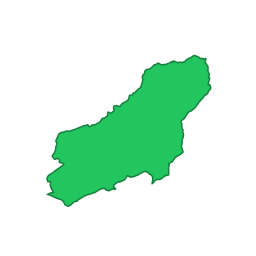 Rondón, Boyacá, Colombia (Equal Earth projection), rotated 25°
{"feature_id": "7082276B99047670325633", "entity_name": "Rondón", "entity_type": "district", "adm_level": 2, "iso_a3": "COL", "parent_name": "Colombia", "parent_adm1": "Boyacá", "projection": "equal_earth", "projection_center": [-73.204, 5.384], "detail": "fine", "context": "isolated", "style": "filled", "palette": "green", "viewbox_px": 256, "rotation_deg": 25, "n_neighbors": 0, "source": "geoboundaries", "source_scale": "gbopen_adm2", "svg_char_len": 5801}
<svg xmlns="http://www.w3.org/2000/svg" viewBox="0 0 256 256"><g transform="rotate(25 128 128)"><path d="M68.8,161.1L68.3,161.8L67.9,162.5L68.0,165.7L67.9,168.0L68.1,170.4L69.0,171.0L70.1,172.1L70.5,173.2L70.4,174.2L70.5,175.2L71.3,177.5L71.6,178.8L71.7,179.7L71.7,182.7L71.4,183.4L71.1,184.4L71.2,185.6L73.0,186.8L73.8,187.0L74.1,187.2L74.5,187.3L75.0,187.3L75.5,187.0L76.4,185.8L76.8,185.5L77.6,185.3L78.2,185.4L79.6,186.3L79.9,187.1L80.0,187.7L80.3,188.0L81.0,188.2L82.0,187.9L83.4,187.4L83.9,187.4L84.9,187.8L85.1,188.0L85.0,188.4L84.4,189.9L82.0,194.2L80.1,197.4L78.9,199.9L77.8,201.8L76.2,204.2L75.9,205.1L75.8,205.7L75.7,206.7L75.8,207.5L76.3,208.7L77.0,209.5L78.2,210.6L80.4,209.3L80.8,209.9L81.0,210.4L81.2,211.5L81.5,212.3L82.5,213.7L83.4,214.4L84.1,215.3L84.7,215.8L85.4,216.1L86.4,216.8L87.7,218.0L86.1,218.9L85.5,219.3L84.3,220.7L83.3,222.1L83.9,222.1L84.7,221.9L86.9,221.7L88.1,221.8L91.3,221.8L93.6,221.7L97.4,221.3L99.6,221.5L100.1,221.7L100.8,222.1L101.4,222.7L103.2,224.0L103.5,224.2L104.3,224.2L106.6,224.3L108.0,223.0L108.5,222.3L109.3,220.2L110.1,218.4L110.9,217.2L111.4,216.7L112.0,216.2L112.5,216.0L112.8,215.9L112.9,215.0L113.1,214.3L113.2,214.0L115.5,210.9L116.5,209.0L118.0,207.2L119.7,205.3L121.1,204.5L124.2,201.3L125.4,200.3L126.4,198.6L126.7,198.2L128.3,195.7L128.6,195.3L129.0,195.0L129.2,194.7L129.9,194.0L130.4,193.6L130.8,193.5L131.2,193.4L131.7,193.1L133.3,192.6L133.7,193.1L134.0,193.3L134.3,193.4L135.1,193.4L136.5,192.8L136.8,192.8L137.3,193.0L137.6,192.7L138.4,191.4L138.8,191.1L139.7,189.8L140.6,189.5L140.9,189.5L141.4,189.6L141.6,189.6L141.7,189.4L142.1,188.6L142.4,188.3L142.1,188.2L141.9,188.2L141.7,188.4L141.2,188.0L141.0,187.9L140.7,187.9L140.4,187.7L140.1,187.7L139.9,187.5L139.8,187.3L139.8,186.9L139.7,186.7L139.4,186.6L139.3,186.3L139.5,184.9L140.1,184.0L140.3,183.6L141.1,182.3L142.0,181.0L142.3,180.7L142.7,180.6L143.1,180.7L143.3,180.6L144.2,179.4L145.3,178.3L147.1,175.7L147.5,172.9L147.6,172.1L147.8,171.4L148.0,171.3L149.2,171.4L149.8,171.6L150.5,171.7L151.2,171.3L152.6,170.6L154.2,169.2L156.2,166.9L156.9,166.4L157.6,165.1L159.8,162.3L160.5,161.2L161.6,160.1L162.1,160.0L162.8,160.2L164.0,159.8L164.7,159.8L167.2,160.8L168.2,160.7L169.9,161.3L170.6,161.7L171.2,162.3L172.3,164.5L172.9,166.8L173.1,167.6L173.3,168.2L173.7,168.0L174.1,166.7L174.4,164.9L175.9,162.6L177.0,161.8L178.2,161.4L178.8,161.0L179.5,160.2L181.3,156.4L183.4,154.2L184.4,153.7L184.5,153.0L184.4,152.6L183.7,151.1L181.3,146.2L181.2,144.8L180.9,143.9L180.3,143.4L180.2,143.1L180.3,142.8L182.3,139.9L182.8,137.4L183.3,134.7L186.4,130.2L188.1,126.9L188.1,126.6L188.0,126.3L184.7,122.8L184.1,121.9L183.7,119.9L183.3,118.7L182.6,117.2L182.0,115.6L182.0,113.5L181.3,111.0L180.3,109.3L179.3,108.8L179.1,108.5L178.9,106.7L177.1,105.5L176.1,103.7L174.9,101.4L173.5,100.2L173.3,99.3L173.6,98.2L175.0,95.6L175.1,95.2L175.3,92.5L176.1,88.2L176.2,87.9L178.1,85.7L180.0,81.8L180.6,79.2L181.5,74.3L182.1,72.8L182.5,70.8L183.3,68.9L183.5,67.2L183.7,66.0L184.1,65.6L184.6,65.1L184.9,64.1L185.5,63.1L185.6,62.8L185.4,61.3L185.5,59.9L186.1,58.2L186.2,57.5L186.1,56.9L185.0,55.2L184.6,54.7L184.0,54.4L183.5,54.3L183.0,54.4L182.5,54.7L182.1,54.2L181.6,52.3L181.1,48.7L180.8,48.2L179.7,48.1L179.5,47.5L179.4,46.9L179.2,45.6L179.0,44.9L178.6,44.7L178.3,44.2L177.6,43.9L177.4,43.6L176.9,43.2L175.8,41.5L175.5,40.5L175.3,39.9L174.9,39.3L174.5,38.6L173.6,38.0L173.0,37.7L172.3,37.1L171.6,36.7L170.9,36.5L170.1,35.7L169.9,35.2L169.8,34.5L169.6,33.5L169.2,32.5L169.2,31.7L169.1,32.0L168.4,32.7L167.5,33.4L167.0,33.5L166.4,33.4L165.3,33.8L165.0,34.1L164.6,34.4L164.0,34.5L162.4,33.9L161.3,34.0L159.9,33.9L159.0,34.1L158.6,34.1L157.8,34.2L157.2,34.4L156.8,34.8L156.4,35.7L156.0,36.3L155.5,37.0L155.0,38.2L154.2,38.6L153.7,39.2L152.9,40.4L152.2,41.4L152.0,41.8L151.7,42.8L151.6,43.7L150.6,44.5L150.2,44.8L149.7,45.7L149.3,46.0L147.9,46.0L147.1,46.6L146.7,46.8L146.1,47.2L145.9,47.5L145.6,47.8L145.3,47.9L143.7,47.8L142.5,47.9L141.5,48.1L141.2,47.9L140.9,47.9L140.8,48.1L140.7,48.4L140.8,48.9L140.8,49.6L140.6,49.8L140.0,49.6L139.5,49.6L139.1,49.9L138.9,50.2L138.6,50.5L138.1,51.8L137.6,52.2L136.9,52.9L136.6,53.0L135.4,54.4L135.0,54.7L133.9,55.1L133.7,55.4L133.4,55.5L133.1,55.8L132.0,56.5L130.8,56.6L128.0,56.4L126.6,58.2L126.4,58.6L126.3,59.1L126.0,59.3L125.6,59.4L125.2,59.6L125.0,59.8L124.5,61.5L124.0,62.6L123.7,63.4L123.0,64.9L122.4,65.8L121.7,66.2L120.8,66.6L120.0,67.3L119.6,68.1L119.3,69.2L119.3,69.7L119.8,70.8L119.6,72.6L119.3,73.0L119.2,73.6L119.2,74.7L119.4,75.7L121.3,78.8L122.1,84.2L122.2,86.4L121.8,87.1L121.2,87.6L120.9,88.6L120.7,89.4L119.8,91.2L119.4,92.7L119.2,93.2L118.7,93.7L118.2,93.9L118.0,94.3L117.9,94.7L118.1,96.0L117.6,96.6L116.7,97.0L115.9,97.4L115.7,97.7L115.6,98.2L116.0,99.5L116.2,100.6L116.2,102.2L116.0,102.9L115.0,105.2L114.1,105.9L113.1,107.2L112.4,108.2L112.2,108.8L112.0,109.5L111.8,111.4L111.7,111.7L111.5,112.0L109.9,112.3L108.9,112.5L108.2,112.5L107.6,113.0L106.6,113.5L106.2,114.1L106.1,114.8L106.2,115.5L107.1,116.9L107.9,117.5L108.1,118.0L107.7,119.0L106.8,120.9L106.3,121.8L105.7,122.0L103.8,121.8L103.4,121.9L103.3,122.3L104.1,125.1L104.1,125.6L103.8,126.5L103.1,127.8L102.5,128.9L102.0,129.4L101.4,129.7L100.9,129.8L100.7,130.0L100.5,130.6L100.4,131.3L100.3,132.7L100.2,133.7L99.8,134.8L98.4,136.7L97.8,137.5L97.2,138.5L96.6,139.2L95.9,139.5L95.1,139.8L94.6,140.3L94.0,140.7L93.8,140.9L93.9,141.4L93.7,141.9L92.8,143.0L92.4,143.1L92.0,143.1L91.1,142.5L90.5,142.2L90.1,142.1L89.8,142.3L89.7,142.8L89.4,143.1L87.9,143.9L87.2,144.4L86.5,145.1L85.4,146.6L84.8,147.2L83.4,148.4L83.1,148.9L82.1,149.8L80.9,151.3L80.3,151.9L79.0,153.0L78.1,153.9L77.4,154.4L77.0,155.4L76.7,155.7L76.2,156.0L75.9,156.1L75.1,155.9L74.2,156.5L73.2,157.1L71.3,158.8L70.1,160.2L69.3,160.2L69.1,160.4L69.0,160.7L68.8,161.1Z" fill="#22c55e" stroke="#15803d" stroke-width="1.5"/></g></svg>